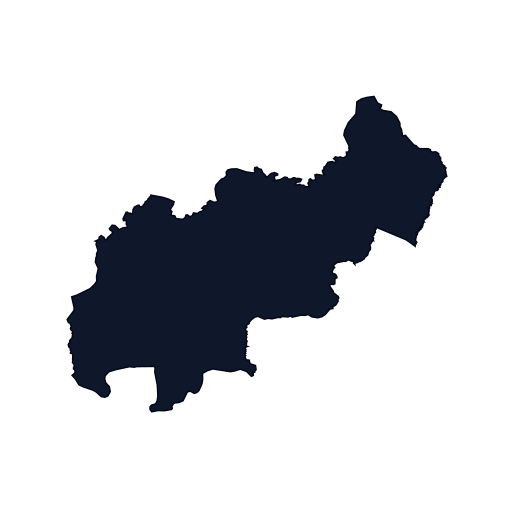 the district of Yendi Municipal, Northern, Ghana, rotated 79°
{"feature_id": "2480657B94460481801793", "entity_name": "Yendi Municipal", "entity_type": "district", "adm_level": 2, "iso_a3": "GHA", "parent_name": "Ghana", "parent_adm1": "Northern", "projection": "natural_earth1", "projection_center": [0.075, 9.473], "detail": "fine", "context": "isolated", "style": "filled", "palette": "ink", "viewbox_px": 512, "rotation_deg": 79, "n_neighbors": 0, "source": "geoboundaries", "source_scale": "gbopen_adm2", "svg_char_len": 6052}
<svg xmlns="http://www.w3.org/2000/svg" viewBox="0 0 512 512"><g transform="rotate(79 256 256)"><path d="M214.3,53.6L211.9,53.6L211.0,54.5L210.0,53.5L207.7,53.8L205.6,52.7L204.4,54.0L203.7,53.6L201.2,56.1L200.0,55.5L197.7,56.7L194.9,56.0L191.8,57.6L190.4,57.1L188.0,59.7L187.7,62.8L186.7,64.6L184.9,64.5L183.5,66.6L182.0,74.4L181.2,76.0L178.4,77.7L177.1,79.9L166.0,86.4L166.3,89.2L159.4,89.1L156.2,90.0L153.1,89.4L145.9,91.5L140.2,95.9L137.3,103.7L135.2,105.9L134.3,106.3L133.3,104.6L131.7,103.9L129.0,107.5L121.9,109.7L121.5,116.8L121.9,122.3L123.8,127.5L135.6,130.8L142.7,139.8L149.6,144.9L154.1,146.7L165.6,143.7L168.5,144.4L169.3,143.6L171.5,146.0L171.2,147.5L174.8,147.8L176.0,150.1L176.2,152.3L174.8,154.3L175.0,156.7L173.8,159.1L175.3,161.2L177.8,159.4L179.2,160.3L178.9,161.9L177.9,162.8L177.7,167.4L181.3,170.9L181.8,172.3L184.6,173.2L184.5,174.2L185.0,174.6L187.5,174.3L189.2,172.8L189.4,175.7L187.4,180.8L187.7,182.7L192.2,182.8L192.8,185.8L190.6,188.0L191.0,189.2L193.7,190.0L194.3,191.1L197.5,190.5L197.9,191.0L197.3,194.5L195.6,195.7L195.4,197.6L194.0,199.3L194.2,203.0L191.7,203.0L191.4,198.2L189.4,196.6L188.1,198.9L187.5,202.5L186.6,202.9L186.3,204.5L187.1,206.7L186.7,209.6L184.9,210.5L184.0,212.8L185.5,217.0L185.7,224.0L185.2,224.4L184.9,222.8L182.1,223.0L181.1,222.4L180.6,219.3L179.6,219.1L177.6,221.9L177.9,225.7L180.5,229.7L180.0,231.3L178.7,231.3L175.8,233.4L172.0,234.3L170.8,236.8L168.9,238.1L169.1,240.4L171.4,241.2L173.0,240.9L174.2,242.1L171.5,249.8L166.8,258.1L165.9,263.5L166.2,267.4L168.0,269.2L171.6,269.6L173.6,272.7L173.9,275.3L178.6,281.6L182.0,283.3L188.4,283.8L194.6,283.1L195.2,283.6L195.5,286.6L192.8,290.6L194.2,293.5L197.2,294.5L197.0,297.3L198.8,300.0L200.3,298.2L201.7,300.1L202.0,303.1L203.1,305.2L201.8,309.2L204.2,310.8L204.9,313.4L202.6,315.4L202.4,316.9L204.7,318.2L205.9,320.4L205.7,322.0L204.0,327.2L201.1,328.1L199.8,331.7L196.2,330.1L195.0,331.1L193.5,330.9L189.8,327.3L187.1,326.1L183.3,331.3L180.4,336.8L176.2,347.6L177.4,348.0L177.9,349.4L179.3,350.2L179.5,351.3L180.4,351.4L182.0,354.7L183.3,355.1L184.3,356.9L185.8,357.6L185.5,360.8L184.0,360.9L183.6,362.0L184.8,366.1L186.9,367.8L191.0,369.0L191.1,369.9L190.1,370.9L189.7,372.9L188.5,373.8L188.3,375.1L194.0,379.4L196.0,379.3L196.3,377.0L196.9,376.5L199.9,377.3L202.2,376.5L203.2,377.4L203.0,381.6L204.1,385.1L199.2,388.6L198.3,391.3L201.2,394.7L202.4,394.4L204.3,392.5L206.4,392.6L209.5,397.9L211.6,399.8L211.1,401.0L208.7,401.7L206.4,404.1L207.6,406.3L209.1,406.7L210.0,407.8L210.7,410.8L211.5,409.4L214.0,410.8L220.5,410.1L223.4,412.1L226.1,412.5L226.8,413.3L231.3,414.8L238.2,413.2L245.5,416.4L250.3,417.1L253.0,419.8L256.4,425.1L260.2,439.0L260.9,444.7L271.9,444.4L274.7,445.0L282.3,453.5L285.6,452.8L286.4,451.3L288.6,451.1L289.0,450.3L291.5,451.9L293.0,451.9L295.4,450.2L296.8,451.3L297.2,450.6L301.3,452.2L303.6,455.1L304.6,454.9L307.1,457.2L309.5,457.1L311.7,455.7L312.7,456.3L312.8,455.8L314.1,455.7L315.8,456.7L317.4,454.5L323.3,455.9L323.7,455.5L325.5,456.5L327.8,455.3L329.9,455.4L330.4,456.3L332.0,456.7L333.6,455.5L336.2,456.0L338.1,459.3L342.1,456.8L348.7,454.3L351.8,450.0L356.3,442.0L359.1,438.7L364.5,434.7L365.8,431.3L365.1,428.1L361.4,425.0L356.3,424.9L352.0,427.6L347.8,428.0L344.7,426.9L341.6,422.5L340.8,415.6L340.5,401.5L341.9,396.7L341.8,394.2L344.9,377.3L346.1,376.3L350.8,377.5L364.0,377.5L374.9,379.1L379.6,380.8L381.3,382.2L382.3,384.0L382.4,387.0L383.8,388.8L386.5,389.3L389.0,388.1L389.0,381.7L390.4,375.5L390.5,368.2L389.6,367.3L387.5,367.3L385.2,365.2L384.7,363.5L385.1,359.9L384.2,355.3L376.7,349.6L376.0,348.0L376.5,345.8L379.0,342.9L378.8,340.3L377.2,337.7L371.2,333.5L367.4,332.0L361.1,330.9L359.3,325.7L358.6,320.0L364.6,303.4L364.8,299.2L364.1,293.1L367.5,287.3L373.2,283.5L373.1,282.6L372.5,281.3L369.7,281.1L369.8,279.4L368.9,279.2L367.6,277.6L363.4,277.4L360.6,282.4L356.9,282.6L356.1,285.3L352.9,286.2L351.7,285.1L351.2,285.8L349.9,285.6L349.6,284.7L348.9,285.1L347.4,284.0L346.7,284.8L346.0,283.8L344.4,284.4L343.3,283.0L343.7,282.4L343.1,282.8L343.1,281.7L342.5,282.7L339.3,281.8L338.7,282.3L338.0,281.0L336.0,281.8L334.0,280.6L332.1,280.9L331.2,279.6L330.3,280.2L328.3,279.2L327.8,280.0L325.6,280.5L324.1,278.5L323.1,278.9L321.7,278.0L321.1,275.7L319.9,275.4L317.8,272.9L315.8,268.9L315.6,265.6L319.6,259.8L319.5,255.9L320.7,252.3L320.5,245.8L321.1,244.0L320.4,241.8L321.9,236.3L321.5,233.5L322.9,232.3L322.7,223.6L323.6,219.1L323.5,215.9L326.5,212.6L328.4,207.3L328.2,203.0L326.7,199.3L322.2,193.6L322.2,190.5L319.9,190.2L320.0,188.7L319.1,186.8L315.9,183.9L314.8,184.3L313.1,182.8L311.5,183.0L306.7,187.1L305.6,186.8L298.8,189.7L298.1,187.7L298.7,185.6L298.3,183.9L293.5,182.9L292.7,180.6L290.0,181.0L288.6,182.1L288.2,183.6L286.2,184.3L283.3,182.6L282.4,181.0L280.7,181.9L279.5,180.7L278.0,178.0L277.9,170.9L278.4,169.0L277.3,166.1L279.6,162.7L279.5,161.0L281.6,161.6L283.0,160.6L281.9,160.6L281.7,157.1L280.3,155.9L281.3,155.1L279.4,150.2L278.3,149.7L276.4,146.3L272.9,144.5L271.6,142.6L269.8,142.0L266.2,142.1L265.8,140.8L264.3,140.4L264.3,139.5L263.3,138.7L263.5,137.7L262.5,138.0L261.0,137.1L259.1,138.0L257.9,136.2L256.9,136.1L255.5,134.2L253.5,134.3L252.4,132.9L250.7,132.5L268.7,105.5L276.8,97.9L274.2,97.5L274.5,96.4L273.1,96.6L273.0,95.6L270.8,96.7L270.3,96.1L269.5,96.4L268.9,95.5L265.9,94.4L265.9,93.7L264.5,93.1L263.8,93.9L263.9,92.7L262.1,91.8L261.5,92.3L262.2,91.2L261.3,91.1L261.8,90.3L260.9,89.2L259.7,89.9L259.5,89.1L260.2,88.7L259.5,88.5L259.7,87.5L258.8,87.6L258.3,86.6L257.5,87.5L257.4,86.6L255.9,85.5L254.6,85.9L254.8,84.2L254.1,84.6L251.8,84.0L251.9,82.4L250.2,81.9L250.9,80.6L249.3,78.8L248.2,79.0L248.4,78.2L246.4,78.6L245.8,77.8L242.2,76.9L241.7,77.6L241.7,76.6L241.2,77.0L239.7,75.6L239.9,74.4L238.9,73.9L238.6,74.4L237.8,72.9L236.8,73.7L236.3,72.7L234.2,72.3L232.9,72.8L231.2,72.0L229.9,70.0L229.3,70.7L229.4,69.8L227.2,68.8L226.1,67.5L226.2,65.3L225.3,64.4L224.0,64.7L223.7,62.4L222.9,63.0L222.3,61.8L221.2,62.9L220.8,62.4L221.4,61.8L221.1,61.0L219.9,60.8L218.5,58.3L216.8,58.2L214.4,54.6L214.3,53.6Z" fill="#0f172a" stroke="#020617" stroke-width="1.5"/></g></svg>